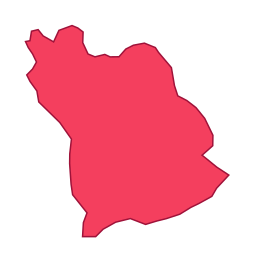 Geri, Nicosia, Cyprus, rotated 266°
{"feature_id": "46923920B78801586806598", "entity_name": "Geri", "entity_type": "district", "adm_level": 2, "iso_a3": "CYP", "parent_name": "Cyprus", "parent_adm1": "Nicosia", "projection": "albers", "projection_center": [33.437, 35.104], "detail": "fine", "context": "isolated", "style": "filled", "palette": "rose", "viewbox_px": 256, "rotation_deg": 266, "n_neighbors": 0, "source": "geoboundaries", "source_scale": "gbopen_adm2", "svg_char_len": 862}
<svg xmlns="http://www.w3.org/2000/svg" viewBox="0 0 256 256"><g transform="rotate(266 128 128)"><path d="M221.4,31.8L215.2,34.1L208.5,38.0L200.2,41.3L193.5,36.9L188.0,30.7L181.3,33.5L171.3,39.7L160.2,40.8L138.3,60.3L120.9,70.8L106.2,68.1L96.6,67.3L75.8,67.3L65.3,68.1L46.2,81.2L36.7,76.9L22.8,75.1L21.9,88.2L28.8,96.1L34.9,109.1L37.5,124.0L30.6,138.8L33.2,150.2L34.9,159.8L38.4,173.7L44.4,185.1L47.9,193.8L54.0,206.9L61.8,212.2L74.0,225.3L82.7,213.9L95.7,200.0L104.4,211.3L114.8,212.2L132.2,205.2L143.5,197.3L151.3,188.6L156.6,179.9L167.0,177.3L185.2,175.5L201.3,163.7L206.3,160.9L211.5,150.3L210.2,139.1L206.9,131.3L199.7,124.0L200.2,115.1L203.0,110.0L201.3,100.0L204.6,93.3L216.3,88.8L226.9,89.9L231.3,84.9L234.1,79.3L230.2,65.9L219.1,59.8L225.8,49.7L232.4,45.2L231.3,38.5L221.9,36.3L221.4,31.8Z" fill="#f43f5e" stroke="#9f1239" stroke-width="1.5"/></g></svg>